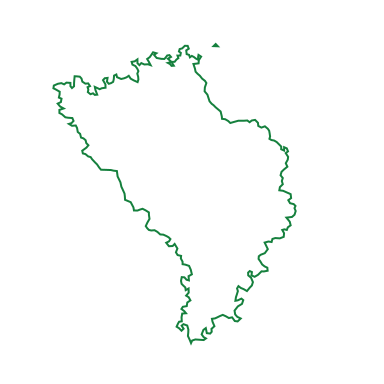 the district of Cantagalo, Paraná, Brazil, rotated 343°
{"feature_id": "56859067B14365297137132", "entity_name": "Cantagalo", "entity_type": "district", "adm_level": 2, "iso_a3": "BRA", "parent_name": "Brazil", "parent_adm1": "Paraná", "projection": "mercator", "projection_center": [-52.14, -25.306], "detail": "fine", "context": "isolated", "style": "outline", "palette": "green", "viewbox_px": 384, "rotation_deg": 343, "n_neighbors": 0, "source": "geoboundaries", "source_scale": "gbopen_adm2", "svg_char_len": 4770}
<svg xmlns="http://www.w3.org/2000/svg" viewBox="0 0 384 384"><g transform="rotate(343 192 192)"><path d="M285.6,240.5L285.3,237.4L286.9,235.6L285.7,233.3L282.5,231.4L281.7,228.0L285.0,226.8L285.7,222.9L279.5,217.5L276.0,215.9L277.5,213.0L281.1,211.1L281.1,207.8L282.9,205.2L281.6,201.9L283.5,198.9L286.4,197.4L290.6,195.7L290.1,191.9L293.0,189.1L294.2,186.5L293.0,182.2L295.7,181.2L295.4,178.0L293.2,176.1L292.2,179.3L289.8,177.2L290.6,174.6L289.1,171.8L287.6,169.0L285.6,166.8L283.1,165.5L281.6,163.8L282.9,161.8L283.4,158.6L283.7,156.0L283.0,153.7L280.9,150.5L277.2,150.7L274.7,148.2L275.3,145.1L273.4,141.5L270.0,141.1L267.5,142.1L265.8,139.8L262.4,139.0L257.2,137.4L253.7,137.3L248.8,137.2L247.4,134.7L245.0,132.1L242.1,130.8L242.6,128.5L242.9,123.4L241.1,120.6L239.3,117.8L238.0,115.3L236.6,113.4L235.3,110.4L235.2,103.4L233.5,99.4L234.9,95.7L237.6,92.0L236.9,89.5L234.8,86.5L233.5,83.1L231.9,80.6L230.6,78.0L230.9,74.9L230.8,70.0L235.9,70.9L237.1,67.9L234.7,65.5L233.3,63.5L231.6,61.8L229.4,62.6L229.3,60.0L227.2,58.6L227.9,54.9L230.8,54.0L230.6,51.0L227.9,50.1L224.6,51.8L222.0,51.7L220.6,53.8L222.0,55.7L220.7,58.1L218.0,57.3L218.1,60.0L215.8,60.8L213.5,62.4L210.4,61.6L207.9,57.5L211.4,56.7L210.4,54.5L208.2,54.2L206.4,55.5L204.5,56.7L201.6,55.7L197.4,53.5L195.8,49.8L198.5,48.9L195.6,47.0L192.8,49.3L191.0,50.7L188.0,51.7L188.8,54.9L189.5,58.6L187.3,57.0L183.7,56.1L181.2,53.9L178.8,55.3L177.5,52.9L178.6,49.2L175.4,50.3L172.3,49.9L172.3,52.8L174.7,55.0L175.7,58.0L176.1,60.7L174.3,62.8L174.2,66.1L173.6,68.8L172.1,71.0L168.9,68.2L166.5,65.7L165.5,62.4L162.9,63.2L160.2,63.4L157.3,63.2L153.9,60.3L154.0,57.5L151.5,57.9L150.2,61.2L148.8,63.6L146.4,64.2L144.1,64.2L142.9,61.6L144.6,58.2L141.8,57.7L139.6,59.0L140.7,63.7L139.8,67.0L136.1,66.4L133.8,66.7L129.8,63.1L129.5,66.2L129.8,71.2L127.4,70.7L126.2,68.7L123.5,68.8L121.6,66.0L122.8,63.8L122.8,61.2L125.4,60.9L124.5,57.8L121.7,57.2L119.4,54.4L119.5,51.2L118.4,48.9L115.8,47.8L113.6,47.0L112.2,50.4L111.0,53.5L110.1,56.4L107.6,57.5L106.7,55.3L107.6,52.1L103.9,50.7L101.2,51.7L98.9,49.7L95.4,49.3L91.0,49.8L89.8,52.3L91.5,53.9L94.8,57.4L93.9,60.0L92.3,62.8L94.5,64.6L92.9,67.7L89.4,68.2L90.9,71.7L93.7,74.6L89.2,74.7L88.3,77.7L90.4,79.7L92.7,83.5L95.1,84.7L99.2,86.3L99.5,89.4L96.9,90.9L94.2,90.9L96.6,93.6L100.3,94.4L100.8,97.2L100.3,101.2L102.0,103.7L101.8,107.5L103.9,109.0L105.4,111.4L105.2,114.3L106.6,117.0L104.0,118.7L99.1,120.4L98.9,123.2L101.2,124.6L103.1,127.6L105.3,129.0L106.0,131.4L107.9,135.3L109.3,137.9L110.4,141.5L111.5,144.1L115.7,145.5L120.9,147.3L123.3,148.7L126.3,150.0L125.4,155.4L126.4,161.8L126.0,166.3L126.4,169.0L127.0,173.8L126.5,176.6L125.7,179.9L130.4,183.8L131.5,189.6L131.1,192.7L134.5,193.8L137.0,193.6L139.8,193.6L142.2,195.9L144.8,198.9L144.1,201.4L143.5,205.3L140.4,208.2L137.8,211.1L138.6,213.6L139.7,215.7L141.8,216.9L145.0,217.6L147.3,220.1L149.2,223.3L152.1,224.4L154.7,226.7L156.4,228.5L157.6,230.7L155.6,232.5L152.5,233.0L154.1,237.1L157.7,238.0L160.2,236.6L161.5,241.8L159.0,245.0L159.8,248.1L162.9,249.9L161.9,252.3L162.6,255.9L161.9,258.3L164.2,259.4L167.6,261.8L168.1,266.0L167.8,270.7L164.1,271.5L163.2,275.6L161.1,274.3L159.8,271.4L157.3,270.4L155.5,273.8L155.2,276.8L156.4,279.1L157.7,281.3L157.3,284.0L160.5,283.3L159.4,287.3L156.1,289.4L158.1,291.7L158.8,295.2L155.2,296.3L153.6,299.6L149.7,299.1L147.7,300.8L149.8,303.7L150.8,306.2L147.1,305.4L145.4,308.7L144.4,312.7L141.7,312.3L140.1,313.8L137.9,316.3L139.8,318.5L141.4,321.6L144.0,320.3L143.0,316.8L145.2,315.9L148.4,318.3L148.3,322.5L147.3,325.4L146.0,328.5L146.6,332.7L146.9,336.2L148.7,334.1L152.1,334.0L159.9,337.0L162.5,336.1L160.7,334.2L159.6,331.0L162.6,327.2L165.4,326.2L164.9,331.3L168.0,332.7L170.0,331.4L170.6,328.6L174.2,326.9L173.7,322.0L174.0,319.1L177.0,319.6L179.3,319.3L182.4,318.8L185.5,318.5L188.0,320.7L190.4,323.3L193.7,323.6L195.2,327.9L197.8,329.1L201.6,327.2L198.8,324.6L197.5,321.7L198.0,317.9L202.4,314.8L207.1,313.6L209.4,310.4L208.1,308.4L204.1,309.0L201.7,308.7L203.3,305.4L204.8,303.3L206.9,300.2L206.9,297.4L208.9,295.6L210.6,298.0L213.0,300.0L215.6,302.8L219.2,300.4L221.9,298.9L223.9,296.0L223.4,291.2L221.4,288.2L222.1,285.5L224.1,284.5L225.9,286.1L224.5,289.1L227.1,291.4L230.9,290.5L235.3,288.2L237.5,289.0L241.3,289.4L241.9,286.4L239.7,284.4L237.9,281.8L237.1,278.5L236.1,275.5L237.1,273.0L239.4,272.1L243.7,271.8L247.8,268.8L246.7,261.6L250.6,261.7L253.5,263.1L255.2,260.4L258.2,260.4L262.4,262.0L266.6,261.7L268.0,258.3L267.2,254.7L269.4,254.7L271.6,256.0L273.3,253.8L276.6,252.7L276.8,249.0L274.8,244.1L280.3,245.1L283.4,243.7L285.6,240.5ZM210.4,61.6L211.5,65.9L209.3,65.4L208.4,63.2L206.7,61.5L210.4,61.6ZM237.1,67.9L240.3,65.2L238.3,62.8L237.2,64.9L237.1,67.9ZM257.9,57.4L255.3,58.8L259.3,60.2L257.9,57.4Z" fill="none" stroke="#15803d" stroke-width="2"/></g></svg>